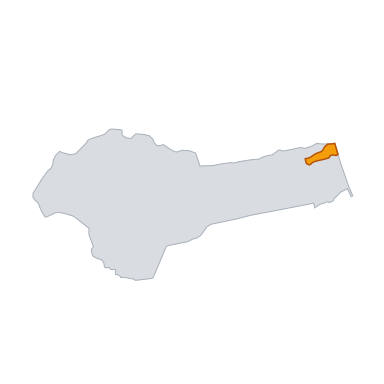 where Ouémé sits in Benin, rotated 259°
{"feature_id": "BEN-2177", "entity_name": "Ouémé", "entity_type": "Department", "adm_level": 1, "iso_a3": "BEN", "parent_name": "Benin", "parent_adm1": "", "projection": "albers", "projection_center": [2.527, 6.671], "detail": "fine", "context": "in_parent", "style": "filled", "palette": "amber", "viewbox_px": 384, "rotation_deg": 259, "n_neighbors": 0, "source": "natural_earth", "source_scale": "10m", "svg_char_len": 2431}
<svg xmlns="http://www.w3.org/2000/svg" viewBox="0 0 384 384"><g transform="rotate(259 192 192)"><path d="M157.6,349.1L157.0,347.4L165.5,345.2L163.7,338.4L158.5,330.5L156.4,329.0L155.4,325.1L156.7,322.5L156.0,320.8L155.6,315.4L153.0,309.5L157.8,309.3L157.8,290.3L157.8,272.1L157.9,256.6L157.9,244.3L157.0,229.6L156.9,218.8L156.7,204.5L155.0,200.1L147.9,192.5L146.0,188.6L145.6,183.5L144.0,178.1L144.0,168.8L143.9,158.0L143.2,156.2L135.5,151.1L124.5,143.7L116.2,138.1L115.6,137.7L114.8,136.3L116.0,119.8L117.8,117.7L120.5,110.9L121.8,105.5L123.0,105.5L124.7,103.7L126.0,101.1L127.5,101.7L129.9,102.2L131.0,101.3L130.9,99.2L131.7,97.2L133.6,96.3L134.1,94.4L134.1,92.3L135.8,91.8L138.6,91.9L140.9,91.2L142.8,90.1L145.1,85.9L146.5,84.4L146.9,83.4L148.3,82.4L152.0,82.0L155.0,82.3L157.0,84.8L169.9,82.7L176.0,83.9L188.6,73.2L191.5,70.1L195.3,62.5L196.6,59.6L197.8,54.4L195.3,44.8L195.4,43.1L200.6,41.0L207.1,39.4L209.6,39.3L211.2,38.5L213.6,36.4L217.4,34.9L219.7,35.4L221.1,35.7L234.7,48.4L240.6,54.8L242.2,58.1L245.3,60.4L249.8,61.9L253.9,65.1L257.1,69.8L255.0,73.0L251.8,79.8L251.7,85.1L259.3,96.2L260.2,97.3L262.2,99.1L263.2,101.1L264.1,106.6L264.7,112.8L265.3,116.9L269.0,122.8L269.2,125.1L266.7,133.9L266.1,134.8L265.4,135.1L261.5,134.3L259.8,135.3L257.7,138.2L256.4,141.2L256.3,142.4L259.8,147.9L257.6,155.9L255.4,160.8L251.3,163.7L247.7,164.3L245.2,165.7L243.7,167.4L243.9,173.1L238.6,178.3L235.6,181.9L234.2,184.1L234.8,190.8L232.9,197.5L229.6,202.9L222.2,204.0L216.0,204.7L213.9,218.2L214.0,226.8L213.4,235.6L212.4,239.2L212.8,244.2L212.4,255.6L211.5,264.6L212.6,267.0L213.3,272.3L213.2,277.7L214.8,281.5L216.6,284.8L216.5,286.5L215.6,287.6L214.8,289.0L214.8,301.9L215.1,305.7L214.7,308.2L213.3,310.2L213.9,316.7L214.9,320.8L216.0,323.9L215.0,326.4L214.1,329.8L212.7,338.4L212.6,341.4L191.3,343.5L167.5,346.9L157.6,349.1Z" fill="#d9dde1" stroke="#a8b0b8" stroke-width="1"/><path d="M212.9,336.0L212.5,338.3L212.5,341.4L212.4,341.4L201.3,342.5L201.2,341.6L200.9,341.4L200.7,341.4L200.3,341.1L200.5,340.0L201.3,338.0L201.5,336.8L201.3,334.5L200.7,334.0L200.4,333.9L200.1,333.8L199.9,333.7L199.3,332.7L198.9,328.1L198.9,326.6L198.7,321.1L198.5,318.1L198.0,316.1L196.3,313.2L196.4,312.2L196.9,311.2L197.8,310.1L198.6,309.7L200.0,309.5L203.1,309.5L203.0,312.1L203.5,314.7L206.0,320.6L207.0,326.6L208.0,328.2L210.4,330.3L211.2,331.1L213.2,334.5L213.0,335.0L212.9,336.0Z" fill="#f59e0b" stroke="#b45309" stroke-width="1.5"/></g></svg>